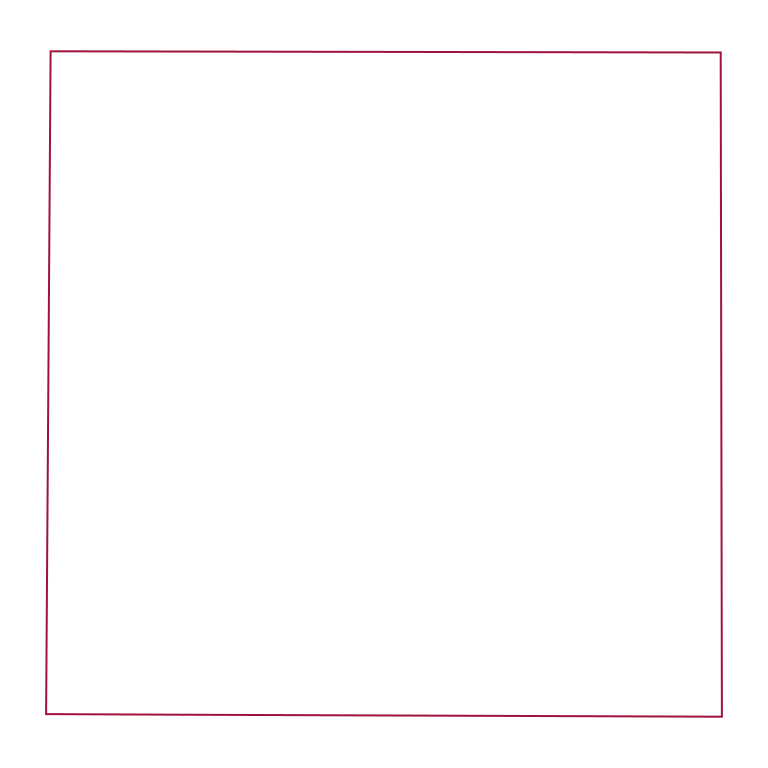 the district of Collingsworth, Texas, United States of America
{"feature_id": "52423323B11356717138354", "entity_name": "Collingsworth", "entity_type": "district", "adm_level": 2, "iso_a3": "USA", "parent_name": "United States of America", "parent_adm1": "Texas", "projection": "orthographic", "projection_center": [-100.187, 34.965], "detail": "fine", "context": "isolated", "style": "outline", "palette": "rose", "viewbox_px": 768, "rotation_deg": 0, "n_neighbors": 0, "source": "geoboundaries", "source_scale": "gbopen_adm2", "svg_char_len": 207}
<svg xmlns="http://www.w3.org/2000/svg" viewBox="0 0 768 768"><path d="M721.9,716.7L721.1,284.4L720.7,52.5L50.6,51.3L46.1,714.1L202.2,714.8L721.9,716.7Z" fill="none" stroke="#9f1239" stroke-width="2"/></svg>